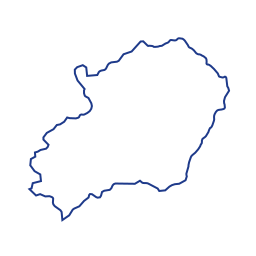 outline of Córdoba, rotated 84°
{"feature_id": "ESP-5817", "entity_name": "Córdoba", "entity_type": "Autonomous Community", "adm_level": 1, "iso_a3": "ESP", "parent_name": "Spain", "parent_adm1": "", "projection": "orthographic", "projection_center": [-4.923, 37.957], "detail": "fine", "context": "isolated", "style": "outline", "palette": "blue", "viewbox_px": 256, "rotation_deg": 84, "n_neighbors": 0, "source": "natural_earth", "source_scale": "10m", "svg_char_len": 2793}
<svg xmlns="http://www.w3.org/2000/svg" viewBox="0 0 256 256"><g transform="rotate(84 128 128)"><path d="M212.7,202.9L204.6,202.8L202.7,203.8L198.1,209.0L196.2,210.2L194.4,210.5L190.4,209.8L189.5,210.1L188.7,211.0L187.6,213.2L187.4,217.4L184.6,222.3L185.5,226.5L178.5,232.4L177.9,230.2L172.9,228.5L171.7,220.1L165.0,220.1L161.2,225.4L154.9,229.1L148.7,227.8L146.8,223.2L142.6,223.1L142.1,220.2L140.7,217.3L140.0,211.6L138.4,209.8L136.4,208.8L130.7,213.3L128.5,213.1L124.4,209.3L121.4,202.2L117.6,198.5L117.3,195.2L115.1,190.8L111.2,187.4L112.1,185.0L113.0,178.8L112.5,176.2L112.0,175.5L110.6,174.7L110.0,174.1L109.7,173.0L110.1,171.1L110.0,170.0L108.8,166.9L107.2,164.3L105.0,162.5L102.4,161.6L99.6,161.9L94.0,164.2L92.0,167.1L91.3,167.6L88.9,168.1L86.0,167.8L84.7,167.1L75.5,173.2L68.3,175.1L64.4,174.8L62.2,172.2L60.8,166.4L63.4,163.2L71.9,163.2L72.1,153.0L69.4,151.2L68.7,150.4L68.1,148.6L67.8,145.2L66.7,143.7L63.2,141.5L62.0,140.3L61.0,137.8L60.9,132.0L60.2,130.2L54.2,124.7L52.3,116.4L43.3,106.4L43.4,103.8L47.9,100.1L48.5,99.4L48.4,98.6L48.5,97.7L48.9,95.7L49.2,94.8L50.0,93.8L50.2,91.9L50.2,91.0L50.2,90.0L50.1,89.0L49.8,88.0L49.8,87.0L49.8,86.0L49.7,85.5L48.7,83.6L48.4,82.8L48.0,82.2L47.8,81.5L47.4,79.9L47.2,79.3L46.8,78.7L46.3,78.1L45.8,77.6L45.3,77.1L45.0,76.5L45.0,75.9L45.3,74.5L45.5,73.8L45.8,72.4L45.8,71.7L45.7,71.0L45.4,70.4L44.5,69.3L44.2,68.7L44.1,68.0L44.2,67.3L44.9,64.5L45.7,63.5L47.0,62.4L51.8,59.8L53.5,59.2L54.3,58.6L55.4,56.7L56.0,55.9L57.6,54.4L60.8,52.3L61.7,51.1L62.1,50.2L62.2,49.3L62.5,48.6L62.9,47.8L63.6,47.0L64.5,45.5L65.1,44.8L66.9,43.1L68.3,42.8L70.5,42.9L71.8,43.2L72.4,43.1L72.8,42.9L73.2,42.3L73.2,41.7L73.5,41.1L73.8,40.5L74.3,40.0L74.8,39.3L78.3,36.3L83.1,33.0L86.2,32.1L86.7,31.4L86.9,30.7L87.3,29.8L87.7,28.4L87.5,27.3L87.1,26.4L87.3,25.6L88.5,25.0L96.9,24.9L98.6,24.1L101.5,23.6L107.5,28.3L111.1,29.7L113.4,29.8L114.6,29.5L117.7,29.5L118.7,30.1L119.1,31.0L119.4,33.1L119.4,34.2L119.5,36.3L120.0,37.6L121.3,39.0L123.5,40.5L125.0,41.1L126.4,41.3L128.5,41.4L129.8,41.8L134.1,43.8L135.5,44.7L136.4,45.7L136.7,46.5L138.7,47.7L140.5,48.5L144.3,51.4L145.2,52.6L145.8,53.7L146.6,55.0L147.5,55.5L148.5,55.9L149.4,55.9L150.9,56.3L152.2,57.4L153.8,58.2L156.6,60.5L159.6,63.7L161.6,66.7L162.6,67.9L163.7,68.6L168.4,70.8L171.2,71.7L172.6,71.9L179.5,74.7L180.7,74.8L182.3,74.6L185.7,76.1L186.0,76.3L188.8,82.9L188.8,87.3L189.4,90.2L190.6,92.9L193.9,97.5L193.9,103.5L191.3,104.8L185.3,113.8L184.8,115.0L184.3,118.6L183.9,119.5L181.7,121.6L184.2,127.0L181.9,146.4L182.4,148.1L183.5,149.3L186.2,150.9L187.6,152.6L187.9,158.2L188.9,160.5L192.5,161.9L194.0,163.1L194.1,165.5L193.4,166.9L190.1,170.7L189.7,172.7L190.5,173.6L193.0,174.5L195.9,179.3L200.8,184.6L202.5,189.9L203.4,191.5L208.7,195.6L212.7,202.9Z" fill="none" stroke="#1e3a8a" stroke-width="2"/></g></svg>